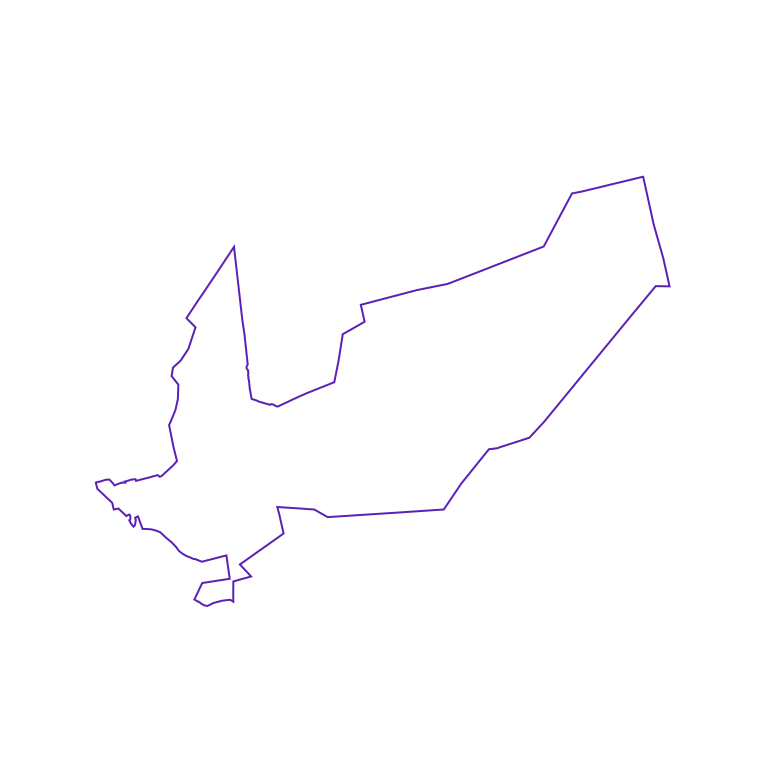 San Andrés Zautla, Oaxaca, Mexico (Natural Earth projection), rotated 165°
{"feature_id": "50627088B86831470894545", "entity_name": "San Andrés Zautla", "entity_type": "district", "adm_level": 2, "iso_a3": "MEX", "parent_name": "Mexico", "parent_adm1": "Oaxaca", "projection": "natural_earth1", "projection_center": [-96.857, 17.182], "detail": "fine", "context": "isolated", "style": "outline", "palette": "violet", "viewbox_px": 768, "rotation_deg": 165, "n_neighbors": 0, "source": "geoboundaries", "source_scale": "gbopen_adm2", "svg_char_len": 2572}
<svg xmlns="http://www.w3.org/2000/svg" viewBox="0 0 768 768"><g transform="rotate(165 384 384)"><path d="M557.8,498.7L551.6,487.9L551.4,487.5L563.9,468.5L574.4,459.2L583.6,454.4L587.1,446.6L582.8,436.6L587.0,422.8L592.0,413.2L593.6,411.0L600.0,402.6L602.2,400.0L603.6,378.7L603.9,363.2L608.8,359.9L615.5,356.4L622.8,352.6L624.8,352.5L626.0,354.5L629.7,354.6L635.6,354.5L644.4,354.6L648.5,354.6L648.6,355.5L648.6,355.9L648.6,356.1L648.7,356.3L648.9,356.4L649.1,356.5L652.1,356.9L653.0,357.0L653.7,357.1L654.0,357.0L654.8,356.9L658.6,356.8L659.5,356.9L659.3,355.7L660.0,355.9L661.6,356.3L662.4,356.6L666.0,356.4L670.6,355.8L671.0,356.9L671.9,358.9L673.6,362.1L673.9,362.5L674.4,362.8L675.3,363.2L676.2,363.3L678.3,363.5L679.8,363.4L682.6,363.3L684.5,363.3L687.2,363.5L687.9,363.3L688.0,356.9L677.3,339.6L677.5,332.7L672.8,332.5L667.0,323.1L665.9,323.4L664.6,323.8L663.6,323.8L663.2,322.0L663.6,320.6L664.3,318.5L665.3,318.3L664.8,315.4L663.8,312.8L662.9,311.1L661.4,311.9L660.7,312.9L659.9,314.6L658.9,317.1L659.0,319.2L656.0,319.8L655.7,317.6L654.7,306.5L654.1,306.4L653.5,306.1L651.7,305.7L649.6,304.9L647.3,304.2L645.4,303.3L642.3,301.5L638.5,298.7L634.4,292.1L632.8,289.8L630.1,286.0L627.0,280.4L625.5,276.3L623.2,273.0L621.2,270.8L618.7,268.5L615.8,266.4L613.8,264.7L612.6,264.0L611.7,263.8L606.0,259.5L580.6,259.2L583.1,238.5L583.5,235.8L584.5,235.9L611.1,238.8L622.9,224.9L620.0,221.9L619.5,221.9L616.8,218.5L615.0,216.9L612.3,215.3L609.3,215.8L605.6,216.6L597.1,216.6L592.2,216.0L588.3,215.3L585.9,212.7L583.7,221.2L580.6,232.3L562.2,232.5L569.9,247.0L563.3,249.4L553.9,252.9L525.6,263.4L519.7,265.6L518.9,285.0L518.9,292.8L501.2,286.8L483.8,280.8L472.9,270.0L439.8,263.4L406.8,256.8L358.7,247.3L335.3,267.7L299.6,293.8L290.8,292.6L289.0,292.9L257.5,294.5L239.5,305.8L128.8,385.1L126.4,386.8L96.2,408.2L82.9,404.4L81.7,432.9L82.2,468.6L80.0,517.1L84.8,517.3L103.3,517.7L113.8,518.0L143.0,518.7L153.1,519.4L194.1,475.5L296.6,464.2L327.9,466.2L385.9,466.5L386.6,449.2L398.9,445.9L411.0,442.8L412.0,440.4L422.0,417.9L431.6,398.6L462.0,395.0L472.9,393.2L492.6,389.7L494.4,390.9L495.8,392.5L496.0,392.6L497.8,393.7L498.8,393.7L499.3,393.3L509.3,399.3L510.4,400.2L511.1,400.9L514.7,403.2L515.7,403.8L515.7,404.0L515.7,404.5L515.1,411.1L515.0,413.2L514.9,414.0L513.4,423.0L513.7,423.8L513.1,426.0L513.1,427.7L512.6,428.6L512.1,429.9L512.1,431.3L511.7,432.3L512.5,433.9L512.7,435.1L512.4,435.6L512.3,436.2L511.0,437.7L510.6,438.1L505.8,468.9L504.3,482.3L493.4,555.3L514.4,536.7L536.4,517.5L541.6,513.1L557.8,498.7Z" fill="none" stroke="#5b21b6" stroke-width="2"/></g></svg>